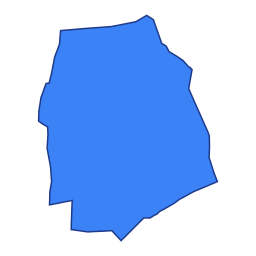 Nomgon, Ömnögovi, Mongolia
{"feature_id": "93677404B86751370010695", "entity_name": "Nomgon", "entity_type": "district", "adm_level": 2, "iso_a3": "MNG", "parent_name": "Mongolia", "parent_adm1": "Ömnögovi", "projection": "orthographic", "projection_center": [105.179, 42.406], "detail": "fine", "context": "isolated", "style": "filled", "palette": "blue", "viewbox_px": 256, "rotation_deg": 0, "n_neighbors": 0, "source": "geoboundaries", "source_scale": "gbopen_adm2", "svg_char_len": 1539}
<svg xmlns="http://www.w3.org/2000/svg" viewBox="0 0 256 256"><path d="M146.7,15.4L135.9,21.7L129.6,23.0L111.0,26.6L86.2,28.4L60.6,30.6L59.5,44.2L54.7,56.9L51.5,73.5L49.1,83.1L46.1,83.5L41.0,97.5L38.8,111.7L38.8,115.6L38.6,121.1L43.2,124.4L47.6,126.9L48.0,134.3L47.1,148.3L50.5,166.6L51.6,181.8L49.8,192.1L49.8,195.4L49.5,204.9L55.5,203.7L57.3,203.4L61.5,202.5L67.2,201.4L67.3,201.4L68.9,201.0L69.1,201.0L72.2,200.4L72.1,202.4L72.1,202.6L71.9,207.6L71.7,213.8L71.4,222.1L71.2,229.6L71.3,229.6L73.5,229.9L78.6,230.6L79.8,230.8L87.9,231.9L91.0,231.7L97.0,231.4L102.5,231.2L107.4,230.9L111.9,230.7L116.7,235.9L120.8,240.3L121.1,240.6L122.5,239.2L125.4,236.4L128.9,232.8L130.0,231.8L136.0,225.7L136.5,225.2L136.8,225.0L137.9,223.9L138.0,223.7L141.8,219.9L142.9,218.8L143.5,218.3L143.8,217.9L147.1,217.9L150.0,218.0L152.7,216.3L153.3,215.9L153.9,215.5L154.6,215.2L155.4,214.8L157.3,213.8L157.9,213.2L158.3,212.7L159.5,211.5L163.4,209.5L169.7,205.9L172.6,204.2L173.6,203.6L176.2,201.8L176.2,201.7L179.9,199.1L184.1,196.9L185.9,195.9L187.7,194.9L193.3,191.8L201.3,188.4L205.2,186.8L210.5,184.5L213.9,183.1L217.4,181.6L214.2,173.5L209.1,157.6L209.5,147.2L209.3,135.9L208.3,132.9L193.5,99.6L188.7,88.6L192.0,69.8L191.9,69.8L191.8,69.6L191.7,69.4L191.4,69.2L191.2,68.9L191.1,68.7L190.9,68.3L190.7,68.2L190.5,67.9L190.4,67.9L190.3,67.7L190.2,67.6L190.1,67.4L189.9,67.4L189.7,67.3L189.3,67.2L189.2,67.3L188.8,67.1L183.2,60.7L177.9,57.0L169.0,51.6L166.1,46.0L161.7,43.4L153.4,19.7L146.7,15.4Z" fill="#3b82f6" stroke="#1e3a8a" stroke-width="1.5"/></svg>